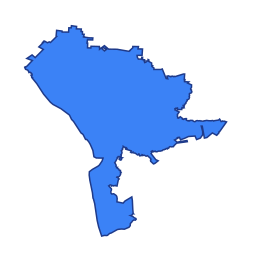 the district of Carmen, Campeche, Mexico, rotated 266°
{"feature_id": "50627088B86783514296689", "entity_name": "Carmen", "entity_type": "district", "adm_level": 2, "iso_a3": "MEX", "parent_name": "Mexico", "parent_adm1": "Campeche", "projection": "equal_earth", "projection_center": [-91.727, 18.453], "detail": "fine", "context": "isolated", "style": "filled", "palette": "blue", "viewbox_px": 256, "rotation_deg": 266, "n_neighbors": 0, "source": "geoboundaries", "source_scale": "gbopen_adm2", "svg_char_len": 5903}
<svg xmlns="http://www.w3.org/2000/svg" viewBox="0 0 256 256"><g transform="rotate(266 128 128)"><path d="M230.4,63.6L224.8,62.7L224.4,63.3L218.7,56.6L219.4,55.5L218.7,53.5L220.5,50.9L220.6,50.1L219.2,48.8L219.1,49.4L215.1,44.7L212.3,49.0L204.7,40.3L207.6,37.4L204.4,31.9L202.0,37.3L196.7,31.5L196.0,29.5L195.4,29.9L195.3,29.3L193.7,29.9L192.8,31.9L192.4,32.3L190.2,33.1L190.5,33.9L190.3,34.5L189.9,35.1L189.1,35.2L188.5,36.1L187.4,36.0L187.3,35.0L186.6,35.5L185.7,35.4L184.9,36.2L184.7,35.8L178.6,40.1L167.6,46.2L159.1,52.4L156.7,54.9L151.9,62.5L145.0,70.5L140.5,72.3L138.4,74.1L127.2,80.3L125.8,81.2L125.6,81.9L124.5,82.8L119.7,84.8L119.5,85.0L119.4,85.9L119.5,85.2L119.6,85.6L119.3,86.2L117.1,87.8L114.3,89.2L108.1,91.4L101.7,92.0L100.3,94.3L99.7,101.0L96.8,99.8L92.9,96.7L91.9,95.2L89.2,89.6L87.1,86.4L83.7,86.0L78.6,86.3L65.9,88.0L60.5,88.2L59.6,88.6L54.8,89.5L37.9,90.8L31.4,91.8L22.0,94.2L22.5,97.0L22.2,99.3L22.4,100.1L24.1,102.3L24.4,103.9L27.4,110.2L27.6,111.5L27.7,114.4L27.3,117.4L28.9,122.1L30.4,123.4L32.6,123.7L33.8,125.1L35.0,126.0L35.8,127.3L35.6,129.0L36.5,129.8L37.2,129.5L38.1,127.8L39.3,126.7L40.5,124.5L40.6,125.5L42.0,126.7L42.0,127.5L42.3,127.2L46.3,127.1L55.4,127.3L59.0,127.0L55.4,119.9L53.4,117.9L55.1,111.8L58.4,112.3L60.6,112.0L61.6,111.4L63.0,109.7L63.4,109.1L63.3,107.2L64.2,106.5L65.7,106.4L67.5,107.2L68.5,107.2L71.6,104.7L72.4,106.0L72.5,106.5L72.0,107.5L71.3,107.5L71.7,108.6L71.6,109.0L71.4,108.9L71.2,109.4L71.6,111.3L71.3,111.4L70.9,113.0L76.9,114.7L77.8,115.6L78.5,114.7L79.5,114.7L79.7,113.5L80.0,113.7L79.9,114.9L80.3,116.0L82.1,117.3L83.9,117.5L84.0,118.0L84.4,117.8L84.5,118.3L84.8,117.3L86.2,117.5L86.5,116.3L87.6,116.0L88.5,114.6L89.1,114.6L89.2,114.3L89.5,114.6L89.6,114.0L90.6,113.3L91.7,113.6L93.8,112.7L94.3,112.3L95.2,113.1L98.7,115.3L99.3,115.2L99.5,115.4L99.6,116.1L100.2,116.3L100.1,117.9L100.3,118.6L100.1,119.0L99.2,119.1L99.0,119.3L98.9,119.1L99.2,119.0L98.7,118.4L98.8,117.9L98.4,117.3L97.6,116.9L96.7,117.8L96.5,118.4L96.8,119.2L98.5,119.7L98.7,120.2L99.1,119.2L100.0,119.1L101.4,119.4L101.9,119.1L102.7,119.9L104.0,120.3L105.2,120.1L105.7,119.7L106.8,121.0L107.6,120.9L107.7,121.3L108.2,121.2L109.3,122.0L110.1,121.9L110.0,122.2L109.4,122.3L109.1,123.4L108.5,123.8L108.7,124.6L108.2,125.2L108.0,125.3L108.2,125.0L107.9,124.9L107.6,124.1L107.1,124.1L105.0,129.6L104.2,129.4L103.7,128.9L103.1,129.6L103.5,130.9L103.1,130.7L102.3,133.6L100.5,135.6L100.4,136.1L100.7,136.9L102.0,136.8L99.3,137.9L99.8,139.6L100.3,140.0L100.0,140.2L100.1,140.5L99.5,140.4L99.7,142.5L98.6,144.1L99.0,145.5L95.9,148.5L95.2,148.4L94.8,148.7L94.1,148.2L93.2,148.3L90.4,150.9L90.5,151.5L90.9,152.5L93.2,155.8L94.5,153.5L100.9,149.2L102.2,150.3L103.0,150.4L102.8,150.1L103.1,149.7L103.3,150.1L103.4,151.2L102.5,151.7L102.7,152.7L103.1,153.4L102.4,154.0L102.3,154.8L102.4,155.8L102.8,156.5L102.7,158.9L103.0,159.9L102.9,160.3L103.9,161.7L103.8,162.6L104.3,163.5L104.2,163.9L104.9,164.7L104.9,165.0L104.4,165.7L104.7,165.9L104.8,166.5L105.2,166.5L105.2,167.3L106.3,168.0L106.5,168.5L106.1,170.4L106.3,171.6L106.2,172.1L107.1,172.6L109.5,175.4L110.2,186.2L111.4,186.0L110.9,179.9L110.4,176.1L112.8,173.6L114.3,176.9L114.8,176.5L115.1,177.1L115.1,178.7L112.6,179.5L113.7,183.6L115.3,187.8L115.3,188.7L115.3,194.3L111.7,195.6L112.9,199.5L116.0,202.0L119.4,202.2L124.8,201.2L124.7,202.2L112.6,203.5L113.0,206.1L117.2,211.8L114.5,216.0L116.2,217.7L116.2,218.0L117.8,218.5L117.8,219.0L127.2,226.7L128.0,224.9L127.8,224.8L128.4,222.7L128.1,222.5L127.9,221.4L130.5,220.0L129.6,218.9L129.3,214.9L129.0,213.8L129.5,213.2L129.6,212.4L129.4,211.7L129.6,209.2L130.1,207.0L129.8,204.6L129.9,204.4L129.6,203.9L129.7,202.2L130.0,201.5L129.9,201.0L130.3,200.3L130.2,199.0L130.6,197.5L130.4,196.4L129.7,195.5L129.7,194.8L130.2,193.6L131.0,193.1L131.1,192.4L131.3,190.8L131.2,190.2L130.9,189.9L131.0,189.4L130.8,189.5L130.9,188.4L131.7,186.8L132.4,186.6L133.1,187.0L133.4,186.7L133.2,184.7L132.7,184.2L132.7,183.8L133.1,182.9L133.7,183.1L135.6,180.9L134.3,179.2L134.6,178.2L135.6,178.4L136.3,178.0L137.7,178.4L138.1,178.2L140.4,180.2L141.7,177.9L142.2,177.8L142.2,177.3L142.6,177.0L142.8,176.2L143.2,176.3L143.6,176.2L143.9,176.1L144.4,177.0L144.2,177.7L144.6,178.6L144.5,178.8L142.9,178.7L142.7,182.9L144.1,183.0L144.1,183.5L144.5,183.6L144.2,184.1L144.6,184.3L144.3,184.6L144.6,185.0L144.3,185.0L144.3,185.3L144.6,185.1L145.4,185.5L146.2,185.0L146.1,185.3L146.6,185.3L146.8,185.9L147.7,185.9L147.9,186.7L148.6,187.5L149.2,187.4L151.2,189.0L151.9,188.9L152.6,190.7L153.3,191.1L154.4,191.5L155.3,191.2L156.0,191.7L157.7,191.5L158.4,192.3L158.4,193.1L158.8,193.8L159.5,194.2L160.2,194.2L160.7,193.7L161.6,193.9L162.0,193.3L162.6,193.1L164.2,194.2L166.6,194.4L168.6,190.6L169.7,191.9L170.3,187.6L171.7,187.7L171.8,188.1L172.3,188.2L172.4,187.5L177.9,188.3L178.0,187.1L176.0,178.5L176.3,178.0L176.0,177.3L176.4,176.7L176.6,176.1L176.4,175.4L176.6,175.3L176.3,174.7L176.2,174.0L176.6,173.7L176.6,173.2L177.2,172.0L177.0,170.5L174.3,171.1L174.7,169.5L184.5,166.3L184.1,165.0L184.6,157.9L186.0,158.1L187.6,156.2L188.4,157.0L189.0,156.0L191.2,156.1L193.0,153.3L194.4,153.6L194.9,152.8L193.4,152.5L193.6,150.7L192.4,150.5L192.1,149.2L194.1,148.7L194.3,149.2L194.9,149.3L195.2,147.2L197.5,147.5L197.6,146.7L195.8,146.3L196.0,143.1L198.1,142.2L199.8,142.1L199.5,147.1L205.8,148.0L206.2,143.5L208.5,144.1L209.0,138.5L207.7,138.4L204.9,134.8L204.8,135.0L204.4,134.4L207.3,122.6L208.0,114.2L208.8,113.3L206.5,109.9L208.9,107.5L210.0,109.2L208.7,110.5L209.8,112.3L211.8,110.2L208.5,105.1L210.3,105.3L210.5,105.0L211.3,105.1L212.1,96.8L210.4,96.5L210.8,93.2L215.5,93.7L215.6,93.0L218.8,93.7L218.3,98.9L220.3,99.2L220.8,94.2L221.0,94.2L221.7,90.8L222.0,90.9L222.1,90.7L221.8,90.6L222.0,89.9L224.5,90.8L224.7,89.1L227.4,89.3L227.5,87.9L230.0,88.3L230.5,83.4L232.9,83.8L234.0,78.7L231.9,78.3L232.1,76.0L227.8,75.4L228.3,69.0L229.3,69.0L230.4,63.6Z" fill="#3b82f6" stroke="#1e3a8a" stroke-width="1.5"/></g></svg>